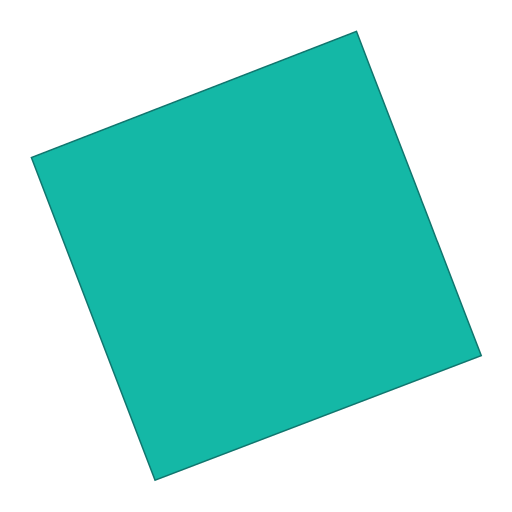 Franklin, Nebraska, United States of America (Albers equal-area conic projection), rotated 249°
{"feature_id": "52423323B81313080696074", "entity_name": "Franklin", "entity_type": "district", "adm_level": 2, "iso_a3": "USA", "parent_name": "United States of America", "parent_adm1": "Nebraska", "projection": "albers", "projection_center": [-98.97, 40.176], "detail": "fine", "context": "isolated", "style": "filled", "palette": "teal", "viewbox_px": 512, "rotation_deg": 249, "n_neighbors": 0, "source": "geoboundaries", "source_scale": "gbopen_adm2", "svg_char_len": 441}
<svg xmlns="http://www.w3.org/2000/svg" viewBox="0 0 512 512"><g transform="rotate(249 256 256)"><path d="M429.7,430.3L428.4,81.6L82.9,81.4L82.3,430.6L82.5,430.6L89.5,430.6L125.4,430.5L132.7,430.5L154.1,430.5L168.3,430.5L204.2,430.5L205.4,430.4L225.8,430.5L241.0,430.5L241.4,430.5L249.7,430.4L249.7,430.5L269.8,430.5L346.8,430.3L357.4,430.3L390.7,430.2L392.4,430.2L429.7,430.3Z" fill="#14b8a6" stroke="#0f766e" stroke-width="1.5"/></g></svg>